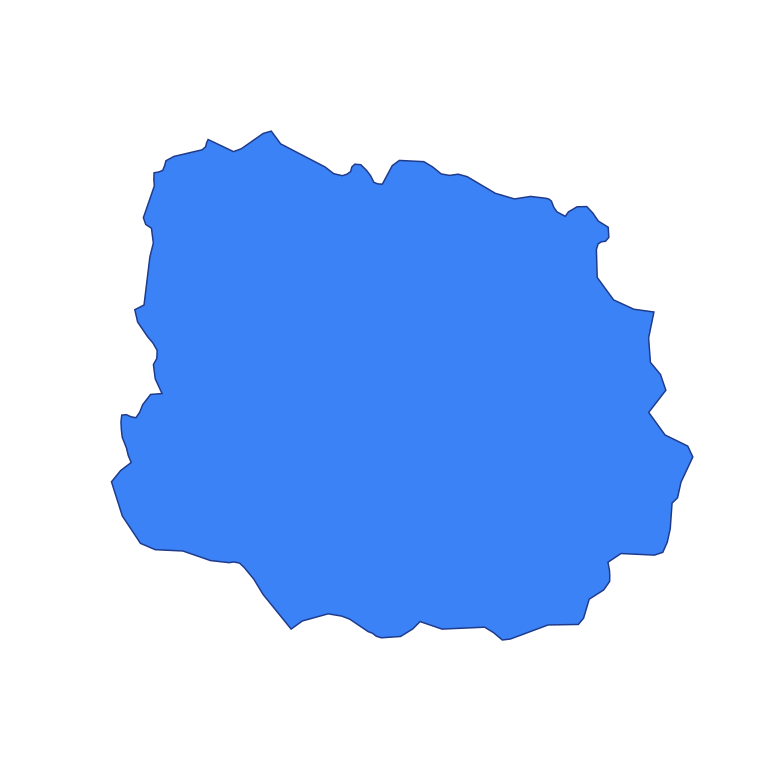 outline of Kuyavian-Pomeranian, rotated 168°
{"feature_id": "POL-3145", "entity_name": "Kuyavian-Pomeranian", "entity_type": "Voivodeship", "adm_level": 1, "iso_a3": "POL", "parent_name": "Poland", "parent_adm1": "", "projection": "mercator", "projection_center": [18.543, 52.987], "detail": "fine", "context": "isolated", "style": "filled", "palette": "blue", "viewbox_px": 768, "rotation_deg": 168, "n_neighbors": 0, "source": "natural_earth", "source_scale": "10m", "svg_char_len": 1921}
<svg xmlns="http://www.w3.org/2000/svg" viewBox="0 0 768 768"><g transform="rotate(168 384 384)"><path d="M670.9,345.0L659.6,354.1L647.6,359.8L649.0,367.1L649.2,374.8L651.1,386.3L650.4,393.9L649.2,401.5L647.0,408.1L642.5,407.6L638.2,404.5L633.6,402.6L628.7,407.4L624.3,414.0L614.5,422.3L603.1,420.8L606.7,436.7L605.5,451.0L600.9,456.2L598.9,464.0L601.5,472.1L605.4,479.4L612.1,495.8L612.3,508.5L602.3,511.2L586.5,557.2L580.3,569.9L579.1,584.7L583.9,589.6L584.8,596.7L567.5,625.4L566.6,631.8L565.0,638.4L560.4,638.2L556.0,639.0L553.1,643.3L550.9,647.7L542.1,650.3L513.2,650.9L509.1,653.2L507.4,656.8L505.2,659.7L482.9,642.6L474.6,643.8L450.1,654.2L441.7,654.8L435.2,640.4L396.5,608.5L389.5,600.2L381.4,596.4L376.8,596.9L372.5,598.7L370.3,603.0L366.8,605.1L361.1,603.3L356.7,596.7L353.8,590.5L352.0,583.4L348.6,581.1L344.1,579.8L330.5,595.9L322.5,599.5L298.8,593.2L291.2,586.1L284.4,577.6L276.5,574.4L267.8,573.8L259.5,569.5L235.5,547.4L217.9,537.9L201.6,537.0L186.7,531.9L184.0,530.4L182.2,528.0L181.2,521.6L179.1,516.5L171.8,510.3L167.7,514.1L158.3,517.2L148.8,515.4L144.2,507.8L140.5,498.8L132.1,490.7L133.6,480.7L137.6,477.6L141.8,477.9L145.5,476.5L148.3,471.3L153.3,443.9L141.9,418.5L124.1,405.2L105.0,398.3L115.6,374.0L118.9,349.8L111.6,335.8L109.6,319.3L131.0,301.2L119.7,275.7L99.8,260.1L97.1,248.4L114.0,226.1L120.5,211.7L127.0,207.6L134.1,182.9L139.8,170.4L146.3,161.4L155.0,160.4L187.4,168.9L202.0,163.1L202.2,154.7L203.1,149.1L204.4,143.9L211.9,136.9L228.0,130.9L237.5,113.4L243.9,108.4L273.6,114.2L313.3,108.3L321.5,109.0L328.4,117.9L336.1,125.2L378.2,132.2L398.1,144.1L406.9,138.4L420.3,133.6L439.4,136.3L444.0,138.9L447.2,142.7L451.0,145.1L466.4,161.1L473.7,165.8L486.4,170.8L513.1,169.2L525.8,163.6L546.0,203.2L551.9,220.1L558.9,233.6L562.6,238.9L568.1,241.2L572.5,241.4L590.5,247.4L615.5,262.5L642.2,269.5L655.3,278.7L667.4,309.3L670.9,345.0Z" fill="#3b82f6" stroke="#1e3a8a" stroke-width="1.5"/></g></svg>